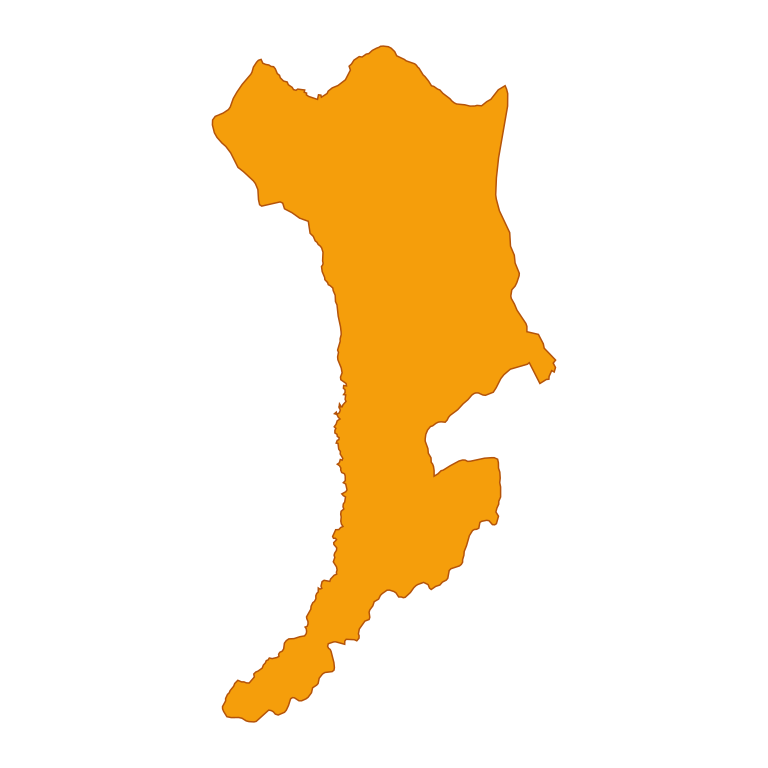 the district of Webuye West, Western, Kenya
{"feature_id": "3690345B24019880317128", "entity_name": "Webuye West", "entity_type": "district", "adm_level": 2, "iso_a3": "KEN", "parent_name": "Kenya", "parent_adm1": "Western", "projection": "mercator", "projection_center": [34.696, 0.598], "detail": "fine", "context": "isolated", "style": "filled", "palette": "amber", "viewbox_px": 768, "rotation_deg": 0, "n_neighbors": 0, "source": "geoboundaries", "source_scale": "gbopen_adm2", "svg_char_len": 6058}
<svg xmlns="http://www.w3.org/2000/svg" viewBox="0 0 768 768"><path d="M324.9,279.7L327.6,282.6L328.3,284.7L330.1,285.6L332.8,288.0L333.2,290.6L335.2,295.3L335.5,301.6L337.0,304.9L338.2,316.1L340.5,326.8L341.1,332.0L341.2,334.6L340.1,338.9L340.2,341.3L337.6,350.1L338.5,352.3L337.6,356.9L337.9,359.8L341.2,367.9L342.1,372.8L340.5,377.1L340.8,379.7L346.1,383.5L346.5,385.9L343.7,385.5L343.4,388.3L345.0,389.7L345.1,392.5L343.6,394.6L345.7,394.9L345.1,399.3L346.0,401.4L342.9,404.9L342.2,406.8L339.1,406.9L340.3,410.2L339.3,412.8L336.8,414.4L338.3,417.3L340.0,419.0L337.2,420.8L336.1,424.2L334.2,426.8L335.9,428.3L334.9,430.3L334.9,433.0L337.0,434.3L337.3,436.5L339.1,437.6L338.9,439.6L337.2,440.4L336.2,443.1L338.0,443.4L338.7,449.1L340.4,451.5L340.2,454.0L342.8,458.3L342.1,460.2L340.3,459.5L339.3,462.8L337.3,464.2L339.5,465.7L340.8,468.0L340.7,470.0L341.7,472.5L344.4,473.7L345.2,475.8L345.3,480.6L343.3,482.7L345.7,484.0L347.0,489.9L345.8,491.7L341.8,493.9L343.4,495.7L345.5,496.9L344.7,502.0L343.3,504.0L343.0,506.8L343.8,509.0L341.1,511.3L340.7,514.2L341.2,517.0L340.8,521.1L341.4,524.0L343.0,526.5L340.7,527.5L338.8,529.6L335.7,529.7L332.6,536.5L333.5,538.3L335.4,538.3L336.6,539.7L333.7,542.6L333.9,544.5L336.7,547.8L336.5,550.3L334.7,553.1L334.1,555.2L334.8,557.5L333.3,561.8L336.5,566.9L337.1,570.0L336.4,572.2L336.7,574.2L334.2,575.2L330.6,579.0L329.8,581.4L324.1,580.3L322.1,581.6L321.0,586.1L321.8,588.4L319.9,589.1L318.3,588.0L318.2,592.0L316.7,593.5L315.8,595.8L315.9,598.7L314.5,601.4L312.8,602.7L311.1,606.2L310.8,609.2L306.5,616.9L306.8,618.7L308.0,621.5L308.0,624.1L307.2,626.3L305.1,627.1L306.2,628.6L306.6,631.2L306.3,633.5L304.6,635.9L299.9,636.7L294.0,638.6L288.8,638.9L286.3,640.6L284.4,643.2L283.7,648.7L282.3,651.1L279.8,652.3L278.6,654.2L278.9,656.4L276.9,657.5L272.2,658.6L269.3,658.0L268.1,659.9L266.3,660.6L265.3,663.0L263.4,665.0L262.2,668.1L258.0,671.1L255.8,672.0L253.8,674.0L254.3,677.0L249.2,683.0L246.4,682.9L244.0,681.9L241.6,681.9L237.8,680.3L234.7,683.5L233.7,686.2L230.1,690.6L229.2,692.8L227.5,694.4L225.6,698.5L225.6,700.9L222.5,706.6L222.6,708.9L223.6,711.4L226.9,716.7L231.2,717.6L238.7,717.5L241.9,718.2L246.2,720.9L248.9,721.6L254.0,721.9L256.2,721.4L268.7,710.1L271.3,710.6L273.4,711.8L275.3,714.1L278.2,715.0L284.5,712.3L286.3,710.2L288.5,705.5L290.6,698.8L292.5,697.6L294.4,697.8L299.0,700.8L301.6,700.8L306.1,698.8L308.1,697.3L311.5,692.7L312.6,687.8L316.7,685.1L318.1,683.5L319.2,678.2L322.5,674.0L324.9,672.5L332.2,671.6L334.0,670.1L334.4,667.6L333.9,662.6L331.1,651.5L330.2,649.5L328.6,648.3L327.6,646.3L328.3,643.7L333.7,641.9L335.6,641.8L344.7,644.3L344.8,641.0L346.2,639.3L354.3,639.7L356.8,640.8L359.0,638.2L359.1,635.7L358.4,633.9L359.3,629.0L364.9,621.1L369.1,619.5L369.8,617.3L369.1,612.2L369.8,609.9L372.8,605.9L374.2,601.7L378.6,599.1L380.4,595.4L382.2,593.6L387.0,590.2L389.5,590.1L393.9,591.5L396.0,592.9L398.7,597.0L401.4,597.0L403.3,597.7L405.2,597.3L410.4,592.5L413.8,587.7L415.9,585.7L417.8,584.5L423.6,582.4L428.1,584.6L429.5,588.1L431.2,589.5L435.7,586.4L439.9,585.0L442.4,582.1L446.3,580.1L447.8,578.2L449.2,570.5L451.0,568.7L459.5,565.9L461.3,564.4L462.6,562.2L462.6,559.7L463.9,555.3L464.2,551.5L466.5,545.7L469.4,535.6L472.5,530.6L474.3,529.5L476.6,529.3L478.8,528.2L479.9,522.4L481.7,521.3L486.7,520.3L489.0,520.7L492.4,524.6L494.7,524.8L496.4,523.7L498.5,516.2L495.9,512.0L496.9,508.1L498.7,504.2L498.8,501.2L500.6,497.0L500.6,486.9L499.7,482.7L500.2,478.1L499.8,472.1L498.5,468.1L498.4,462.7L497.6,459.2L494.2,457.7L491.3,457.7L484.5,458.2L470.5,461.2L467.7,461.4L465.1,460.1L462.6,460.0L459.0,461.0L450.1,465.8L443.1,470.2L441.1,470.7L438.0,473.8L434.1,476.2L434.1,470.6L433.5,466.5L432.6,464.1L431.2,462.2L431.0,457.8L428.3,453.2L427.9,448.6L425.2,441.2L425.2,438.9L425.8,434.4L427.6,430.0L430.5,426.5L432.6,425.9L436.1,423.2L438.4,422.1L441.1,421.8L445.2,422.2L447.2,420.0L448.4,417.5L450.1,415.4L457.7,409.7L463.2,403.7L467.9,399.7L471.8,395.1L473.9,393.6L475.8,392.9L478.3,392.9L482.9,395.0L485.5,395.3L493.3,392.2L496.2,387.7L500.8,378.6L503.9,374.7L510.3,369.2L527.4,364.2L529.3,362.7L539.9,383.5L546.3,379.5L548.9,379.2L549.1,376.4L551.7,370.6L554.2,372.0L555.5,367.5L553.2,363.1L555.6,360.1L544.2,348.2L543.3,343.8L538.4,334.4L526.9,331.7L526.9,326.4L525.9,323.5L517.0,310.2L514.4,304.0L511.3,298.5L510.8,296.0L511.8,289.8L515.1,286.1L516.8,282.7L519.1,275.8L519.3,273.3L515.1,263.0L514.3,255.2L510.5,246.2L509.7,232.6L499.4,210.8L496.3,199.1L495.7,194.8L496.4,177.9L498.6,157.7L507.6,106.1L507.7,93.6L506.6,89.2L505.1,85.7L498.3,89.8L490.9,99.3L486.8,101.6L481.6,105.8L477.0,105.4L474.8,106.0L470.0,106.1L464.8,104.8L456.6,104.0L454.3,102.9L452.0,101.1L449.9,98.7L442.8,93.3L439.9,90.0L437.6,89.1L433.8,86.4L431.5,85.8L428.5,81.0L425.0,76.6L423.1,74.9L419.0,68.2L417.6,67.0L416.4,65.2L414.7,63.8L406.1,60.8L404.5,59.5L396.7,55.8L394.7,51.6L391.2,48.2L388.3,46.7L383.3,46.1L380.5,46.3L379.0,47.3L376.5,48.2L372.3,50.4L368.8,53.6L366.2,54.1L362.1,57.0L359.2,56.6L354.0,60.1L351.5,64.0L349.1,66.2L350.4,70.1L345.4,79.8L338.0,85.5L332.2,87.9L328.2,91.1L327.1,93.5L321.4,97.2L320.9,95.1L318.5,94.8L317.5,99.4L308.6,96.4L306.4,94.9L306.6,93.1L304.2,92.2L304.7,90.0L297.7,89.1L296.0,90.3L293.5,89.6L292.2,87.4L288.3,84.7L287.2,82.0L283.5,81.0L280.3,77.8L279.5,75.3L277.3,73.6L275.3,68.8L273.6,66.7L271.0,66.4L268.9,65.0L265.6,64.4L262.8,63.2L261.1,59.4L258.4,60.3L256.6,62.2L253.4,67.1L252.0,72.1L250.8,74.3L242.2,84.4L237.0,92.0L233.3,98.4L230.2,107.1L228.4,109.6L223.1,113.1L215.2,116.4L212.6,120.0L212.4,124.9L214.4,132.8L217.0,137.4L221.9,143.0L225.8,146.4L230.7,152.9L238.0,167.4L243.4,171.6L253.4,180.9L255.4,183.6L257.9,189.6L258.5,199.7L259.6,204.7L261.7,206.1L280.2,201.9L282.7,203.1L284.5,208.8L292.0,212.7L299.7,218.2L308.3,221.3L310.1,233.3L313.3,236.4L315.2,240.9L317.0,242.3L318.2,244.5L320.1,245.9L321.6,247.8L323.0,252.3L322.6,260.9L323.1,263.1L322.7,264.9L321.5,266.5L322.2,271.6L324.6,277.4L324.9,279.7ZM336.8,414.4L336.3,412.1L334.5,413.7L336.8,414.4ZM339.1,406.9L340.7,405.7L339.5,403.9L339.1,406.9Z" fill="#f59e0b" stroke="#b45309" stroke-width="1.5"/></svg>